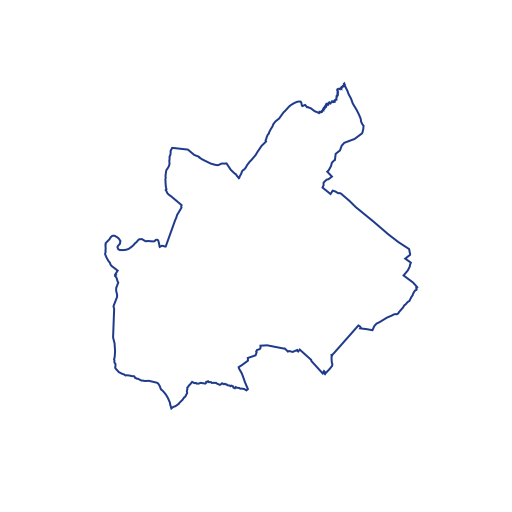 outline of Mandra, Brasov, Romania, rotated 229°
{"feature_id": "2599482B32750582414869", "entity_name": "Mandra", "entity_type": "district", "adm_level": 2, "iso_a3": "ROU", "parent_name": "Romania", "parent_adm1": "Brasov", "projection": "robinson", "projection_center": [25.054, 45.815], "detail": "fine", "context": "isolated", "style": "outline", "palette": "blue", "viewbox_px": 512, "rotation_deg": 229, "n_neighbors": 0, "source": "geoboundaries", "source_scale": "gbopen_adm2", "svg_char_len": 6113}
<svg xmlns="http://www.w3.org/2000/svg" viewBox="0 0 512 512"><g transform="rotate(229 256 256)"><path d="M328.3,435.8L328.3,435.5L327.9,435.5L328.0,435.2L328.3,435.2L327.4,434.8L327.0,434.1L327.3,434.1L327.3,433.8L326.9,433.5L327.2,433.2L326.8,432.8L327.4,432.0L327.4,431.7L326.9,431.8L326.9,431.4L326.7,431.1L326.9,430.7L326.7,430.6L326.9,430.2L326.5,430.0L327.1,429.8L327.1,429.5L326.7,429.5L326.7,428.8L327.2,428.5L327.5,428.6L327.9,428.2L328.2,427.8L328.4,426.7L328.0,426.1L326.7,426.0L326.6,425.6L325.6,425.1L325.8,424.8L325.1,424.5L325.1,424.2L324.4,423.8L324.5,423.5L323.8,423.4L323.6,423.1L323.8,422.0L323.5,421.9L323.6,421.5L322.9,421.1L322.7,420.5L321.4,419.5L321.8,419.1L321.8,418.1L321.5,418.0L321.6,417.6L321.2,417.6L321.2,417.3L321.4,417.3L321.2,416.9L321.3,416.6L320.9,416.4L321.2,416.1L321.1,415.8L321.4,415.2L322.1,415.0L322.3,415.3L322.5,414.9L322.2,414.7L322.3,414.5L322.8,414.6L322.7,414.0L323.0,413.6L322.6,413.8L322.4,412.6L323.3,412.8L322.6,412.2L323.0,411.9L323.3,412.2L323.7,411.9L323.7,412.1L323.9,412.1L323.9,410.6L323.4,410.0L322.9,410.1L322.7,409.7L322.9,409.4L323.0,409.6L323.8,409.4L323.5,409.0L323.6,408.5L323.9,408.7L324.5,408.6L324.1,407.6L323.4,407.7L323.0,407.3L323.2,406.8L323.7,407.1L323.7,406.7L322.8,406.3L323.0,406.1L322.7,405.9L322.4,404.6L323.0,404.7L322.5,403.7L322.1,403.5L322.2,403.1L322.9,403.3L322.7,402.8L321.8,402.3L322.3,401.9L322.3,401.3L322.0,401.0L322.3,400.6L322.2,400.0L321.6,399.9L321.7,399.6L323.1,398.6L322.3,397.8L322.4,397.3L323.5,397.0L326.7,395.3L331.8,394.2L333.2,393.3L334.3,392.9L334.4,392.5L334.8,392.1L337.8,392.2L338.7,389.4L339.4,389.3L341.8,390.7L343.2,391.0L344.7,389.4L345.4,388.1L346.3,385.4L347.0,381.5L347.1,379.0L346.4,373.1L346.3,370.8L344.6,363.7L344.8,358.9L344.2,356.0L343.9,355.0L343.1,353.8L342.0,350.2L340.7,347.0L339.9,345.9L339.9,344.7L338.7,342.0L337.9,341.0L337.0,339.1L335.8,338.7L335.5,332.6L333.5,325.1L332.5,322.1L331.5,315.9L331.3,313.2L330.5,309.1L329.5,306.4L329.0,304.0L329.3,302.5L329.1,301.3L328.7,300.2L328.0,299.3L326.6,295.5L325.9,294.6L325.9,294.1L329.3,294.2L330.7,294.5L332.4,294.0L337.5,293.5L345.2,294.5L346.4,292.8L347.8,291.4L348.5,290.2L349.1,287.8L349.8,286.5L351.6,285.0L355.4,282.5L364.2,278.8L367.6,277.8L367.8,278.1L368.6,277.9L372.8,275.7L381.0,274.4L392.6,263.7L391.3,260.4L390.6,259.9L388.6,257.9L387.8,256.1L385.4,253.9L384.6,252.9L382.4,251.3L382.0,250.8L381.0,249.3L380.2,247.1L379.7,244.9L378.8,243.6L375.7,240.1L374.4,239.3L373.2,237.8L367.9,233.7L365.0,232.1L364.8,231.5L365.9,231.2L364.8,231.2L361.4,230.3L359.7,230.4L356.1,231.2L343.2,233.2L342.4,232.0L341.4,231.5L338.7,223.3L337.3,221.1L335.8,218.0L322.4,194.1L322.6,193.7L324.7,192.4L325.5,191.6L326.0,189.3L326.6,189.5L328.1,190.5L331.4,192.2L332.3,192.4L333.0,192.1L333.7,191.4L333.9,190.8L333.7,189.2L334.6,187.8L338.2,184.3L339.6,182.3L343.6,181.0L345.2,178.9L345.3,177.5L344.8,174.5L345.0,173.5L344.6,170.8L344.5,169.1L344.9,164.6L345.8,162.3L347.1,160.3L349.7,157.2L351.4,156.5L353.4,157.1L354.1,158.1L354.5,161.3L356.3,163.5L359.3,163.9L361.4,163.5L364.1,162.5L364.9,161.7L365.5,160.6L365.5,158.8L364.8,156.5L364.3,150.9L363.3,150.1L363.3,149.8L360.1,147.3L358.7,145.8L357.9,145.4L356.8,143.7L356.3,143.3L353.0,142.2L349.3,141.4L346.8,141.3L344.7,140.5L343.1,140.5L335.7,142.0L334.4,137.6L333.6,137.9L333.4,136.5L331.5,136.6L327.2,134.7L326.3,134.6L323.6,129.5L321.3,127.5L317.9,125.8L316.2,124.2L311.6,115.5L309.1,114.2L288.3,94.7L282.8,91.9L276.5,87.1L272.3,82.9L271.3,81.2L270.2,80.8L269.0,79.6L268.4,79.3L266.7,79.1L264.8,77.4L264.1,76.4L263.1,76.2L258.3,76.3L255.1,77.6L253.2,78.7L251.5,79.1L251.0,80.0L248.7,82.2L247.0,83.3L245.2,85.1L244.2,85.1L243.2,84.8L242.5,85.3L241.8,85.4L240.9,86.3L237.0,87.9L236.1,89.0L235.0,89.7L231.9,93.4L225.5,98.0L224.0,98.5L221.3,98.1L217.8,96.8L215.1,97.2L210.7,97.1L206.8,96.4L202.0,94.9L200.2,93.8L196.5,92.1L196.4,94.6L195.5,96.6L195.1,100.9L195.4,101.6L195.7,106.3L196.4,108.9L196.2,110.2L197.8,114.2L199.3,115.1L199.9,115.8L200.3,116.6L201.8,117.9L201.8,119.3L202.3,120.2L202.3,121.9L202.9,125.2L200.6,126.0L199.6,127.4L198.7,127.4L197.3,129.0L196.6,131.0L193.0,134.0L193.0,135.6L193.6,135.9L192.9,137.7L191.7,137.7L190.3,139.3L189.3,139.3L186.5,142.6L185.9,142.6L182.7,144.0L182.2,144.8L182.2,146.9L180.5,147.5L179.9,148.7L179.3,148.7L178.4,149.6L177.3,149.6L175.4,151.2L174.5,151.3L174.2,152.5L172.4,153.2L171.6,152.6L170.0,153.3L170.3,154.8L169.2,155.1L167.3,156.8L166.3,157.0L165.2,158.3L163.4,159.8L160.9,160.6L160.9,162.6L167.8,164.8L174.3,167.4L176.9,168.3L182.0,169.3L183.5,170.0L182.9,173.7L182.3,181.3L184.4,182.9L181.3,190.5L183.0,193.4L183.7,193.4L184.4,195.0L183.3,197.7L183.7,199.2L185.4,200.5L181.3,205.8L167.6,216.5L167.4,217.0L163.0,217.4L163.1,217.9L162.3,218.8L159.5,220.8L158.1,225.3L157.1,224.9L156.2,225.2L156.7,227.6L141.4,229.5L140.4,228.9L123.5,229.3L123.7,230.6L121.6,230.6L121.8,231.4L124.5,231.4L124.6,231.8L121.9,232.0L122.5,238.0L123.2,241.4L124.2,242.6L126.1,243.5L128.0,244.9L130.4,246.9L130.9,248.0L131.7,248.0L131.4,249.3L131.7,252.2L136.4,287.7L134.2,288.3L133.7,288.0L133.0,288.0L132.9,287.3L128.0,291.7L123.6,295.2L125.5,299.3L125.9,302.6L125.1,305.5L123.6,314.3L122.0,319.3L121.5,321.6L120.7,323.1L119.6,324.1L119.4,325.7L119.9,327.3L120.7,333.4L121.5,335.5L121.3,337.2L121.8,340.1L121.4,342.2L123.1,346.3L123.6,348.5L124.2,349.2L125.2,351.7L125.6,353.7L125.2,354.8L125.6,355.6L126.5,355.8L127.0,356.2L126.8,357.2L133.0,357.1L144.5,354.6L145.5,361.1L147.2,365.2L148.2,366.3L149.4,368.5L156.1,366.9L155.9,371.4L155.7,372.6L156.1,373.4L160.8,376.1L173.0,372.6L185.9,370.0L205.2,367.2L227.1,363.4L236.1,362.7L247.2,361.1L248.5,360.5L249.5,359.2L252.7,358.2L255.0,356.8L253.9,352.9L264.0,351.1L265.0,353.3L266.9,355.0L267.1,355.5L267.3,359.4L266.4,361.0L266.1,365.4L272.9,365.1L273.0,367.1L274.7,371.7L276.6,374.4L276.9,378.0L276.7,378.6L280.8,383.1L280.6,388.7L283.0,393.0L283.5,396.9L279.7,407.1L279.6,407.9L279.0,416.3L279.2,417.1L281.3,420.1L283.7,422.6L285.7,422.7L288.3,423.4L291.0,425.1L295.6,426.6L300.3,427.8L307.7,429.1L312.2,430.9L317.8,432.2L320.5,433.3L325.2,434.5L328.3,435.8Z" fill="none" stroke="#1e3a8a" stroke-width="2"/></g></svg>